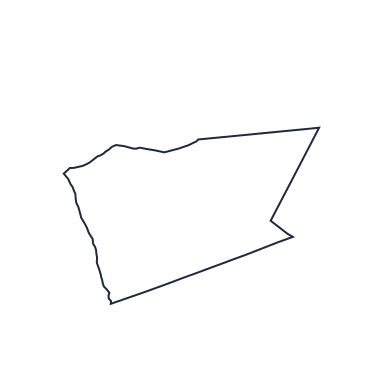 the district of Senador Rui Palmeira, Alagoas, Brazil, rotated 316°
{"feature_id": "56859067B1965841485432", "entity_name": "Senador Rui Palmeira", "entity_type": "district", "adm_level": 2, "iso_a3": "BRA", "parent_name": "Brazil", "parent_adm1": "Alagoas", "projection": "equal_earth", "projection_center": [-37.547, -9.387], "detail": "fine", "context": "isolated", "style": "outline", "palette": "slate", "viewbox_px": 384, "rotation_deg": 316, "n_neighbors": 0, "source": "geoboundaries", "source_scale": "gbopen_adm2", "svg_char_len": 1092}
<svg xmlns="http://www.w3.org/2000/svg" viewBox="0 0 384 384"><g transform="rotate(316 192 192)"><path d="M328.1,234.0L321.0,228.5L298.5,210.6L252.9,174.4L232.9,158.5L230.5,158.7L225.8,157.1L222.4,156.1L219.0,154.5L212.4,151.4L199.7,144.3L193.8,135.6L189.4,129.8L185.1,123.7L182.0,122.1L179.9,120.0L175.0,111.8L169.9,105.4L165.8,103.9L161.6,103.7L157.7,102.9L155.0,102.9L151.2,101.9L148.7,100.7L139.3,99.7L136.3,99.0L131.7,97.4L123.8,92.6L120.8,89.9L112.5,89.7L112.0,96.7L110.2,101.6L109.5,105.6L108.0,109.0L106.8,112.3L104.1,115.5L101.3,119.3L99.8,123.9L96.9,129.3L94.5,133.4L93.1,139.4L91.5,144.9L89.5,149.4L88.5,153.4L88.0,156.6L84.9,160.6L84.1,164.2L82.8,166.9L80.1,170.3L78.3,173.1L74.5,176.6L71.7,182.7L69.3,187.5L67.5,190.3L66.2,193.0L64.5,195.5L63.0,198.7L63.0,202.4L62.6,207.0L59.9,208.6L58.1,210.8L58.0,214.2L55.9,216.0L87.6,230.7L112.7,241.9L115.3,243.0L125.8,247.5L136.9,252.5L154.5,260.2L169.5,266.8L175.5,269.4L186.0,274.1L219.7,288.2L222.1,289.3L233.3,294.3L231.6,288.0L228.6,267.3L259.6,257.0L311.0,239.8L328.1,234.0Z" fill="none" stroke="#1e293b" stroke-width="2"/></g></svg>